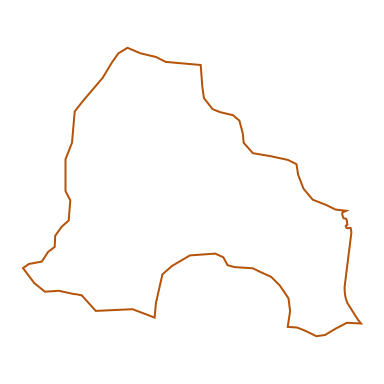 the border of Kankan
{"feature_id": "GIN-5641", "entity_name": "Kankan", "entity_type": "Prefecture", "adm_level": 1, "iso_a3": "GIN", "parent_name": "Guinea", "parent_adm1": "", "projection": "robinson", "projection_center": [-8.816, 10.042], "detail": "fine", "context": "isolated", "style": "outline", "palette": "amber", "viewbox_px": 384, "rotation_deg": 0, "n_neighbors": 0, "source": "natural_earth", "source_scale": "10m", "svg_char_len": 1259}
<svg xmlns="http://www.w3.org/2000/svg" viewBox="0 0 384 384"><path d="M346.2,210.8L342.4,212.5L342.2,214.3L342.8,216.4L343.4,218.0L344.0,218.4L345.0,218.5L346.1,218.8L346.7,219.9L347.2,223.5L347.4,224.6L347.1,225.1L346.3,225.3L345.7,226.1L346.5,227.9L347.2,228.2L350.6,227.9L351.4,232.3L344.8,285.3L344.6,287.2L344.7,291.6L345.3,296.3L346.2,299.9L347.5,303.2L358.0,319.8L361.0,323.5L346.9,322.8L335.7,328.6L325.0,335.0L316.3,336.2L304.5,330.4L296.9,327.5L287.7,326.9L290.1,311.2L288.5,298.3L279.8,285.5L271.2,276.9L260.4,272.0L252.9,268.3L234.6,267.1L227.6,265.2L223.3,257.3L215.2,253.6L189.9,255.4L172.1,265.9L162.4,274.4L155.9,303.2L154.6,317.6L132.5,309.2L95.8,310.9L81.5,295.1L80.8,295.2L75.6,294.1L74.0,294.1L58.9,290.8L44.9,291.7L34.2,283.0L23.0,268.1L28.8,264.0L41.8,261.6L48.2,251.8L54.7,246.9L55.2,235.8L61.7,226.7L68.7,220.5L70.3,200.3L65.5,191.1L65.5,159.3L72.0,142.8L74.7,111.5L83.3,100.5L102.7,77.8L111.9,62.5L118.4,53.3L127.5,47.8L140.4,53.3L156.0,57.0L165.7,61.9L200.7,65.0L202.3,86.4L203.9,98.0L212.5,109.1L220.0,112.1L233.0,115.2L239.4,120.7L242.7,133.0L243.7,142.8L252.9,153.2L270.7,156.2L287.9,159.9L296.5,164.2L298.1,174.6L303.5,188.7L312.7,199.7L326.7,205.2L335.3,209.5L346.2,210.8Z" fill="none" stroke="#b45309" stroke-width="2"/></svg>